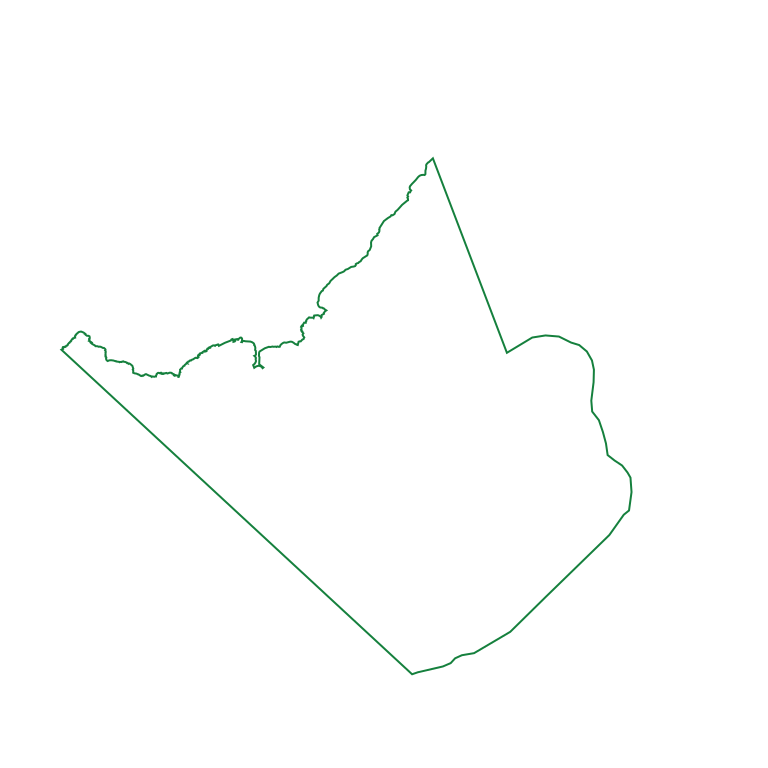 the district of Ngersuul, Airai, Palau, rotated 220°
{"feature_id": "81905179B1106200869758", "entity_name": "Ngersuul", "entity_type": "district", "adm_level": 2, "iso_a3": "PLW", "parent_name": "Palau", "parent_adm1": "Airai", "projection": "albers", "projection_center": [134.596, 7.428], "detail": "fine", "context": "isolated", "style": "outline", "palette": "green", "viewbox_px": 768, "rotation_deg": 220, "n_neighbors": 0, "source": "geoboundaries", "source_scale": "gbopen_adm2", "svg_char_len": 6154}
<svg xmlns="http://www.w3.org/2000/svg" viewBox="0 0 768 768"><g transform="rotate(220 384 384)"><path d="M491.6,588.3L492.2,583.0L492.6,582.0L492.7,579.7L492.4,578.7L491.3,577.6L490.2,575.9L489.4,574.1L487.2,571.4L487.2,570.2L488.2,569.6L489.7,568.1L490.6,566.4L490.9,564.5L490.8,560.6L491.2,555.2L491.2,552.3L490.8,551.2L489.3,549.8L487.6,549.7L487.6,548.8L487.2,547.6L488.3,546.7L487.3,543.5L486.0,543.1L485.9,541.8L484.7,541.3L483.7,540.2L484.1,539.3L485.3,532.9L485.5,526.2L486.0,523.4L485.2,520.9L485.9,518.7L486.9,518.1L486.7,516.5L487.7,513.6L488.8,508.8L487.7,500.5L487.0,499.9L486.9,499.1L485.9,498.4L485.3,496.8L485.7,494.6L484.5,493.8L486.0,490.1L485.6,488.1L485.6,485.7L484.9,484.1L482.3,481.2L481.1,477.5L481.5,475.4L481.1,474.3L480.1,473.2L479.5,471.8L481.1,466.7L481.1,465.1L480.8,463.0L481.4,461.6L481.5,460.1L482.4,458.8L482.7,457.7L482.0,456.9L481.9,455.8L482.7,454.5L484.4,452.6L485.6,448.9L486.9,446.8L487.0,444.7L487.6,443.2L489.7,439.4L489.9,436.8L490.6,434.1L491.2,428.6L490.7,425.9L491.3,423.5L491.0,422.0L491.6,418.0L490.9,416.3L491.4,415.1L491.2,412.0L490.7,410.4L489.5,408.1L487.6,405.8L487.3,403.7L485.3,402.2L483.7,401.5L482.1,401.6L480.3,402.8L479.3,402.8L478.9,403.2L477.1,403.1L475.5,403.3L475.9,401.8L475.8,399.7L475.1,399.2L476.1,396.7L475.5,395.7L474.9,395.4L474.8,394.4L475.8,394.9L477.8,394.6L478.9,394.2L481.5,391.6L481.3,390.9L480.8,390.5L480.3,389.2L481.0,389.2L483.7,387.0L484.2,386.9L484.6,384.0L484.4,382.6L483.9,382.1L484.0,381.7L483.3,380.6L484.6,379.7L484.3,377.6L483.7,376.8L483.8,376.2L484.5,375.9L484.3,374.8L483.9,375.0L484.1,374.5L482.4,373.1L482.4,372.2L481.2,371.5L480.6,371.9L480.2,371.8L480.0,371.2L478.3,371.0L478.1,369.5L477.2,368.9L475.0,368.4L474.9,367.7L474.5,366.8L475.1,365.5L475.2,363.1L475.9,362.6L476.6,361.5L475.1,358.4L475.7,358.1L476.2,358.4L477.2,357.7L478.1,357.5L479.8,357.5L481.8,357.1L483.1,356.1L485.4,352.8L487.1,351.7L487.6,350.9L488.2,348.8L488.3,347.0L487.8,345.5L488.5,344.8L489.6,344.4L490.2,343.2L490.8,343.2L492.8,341.3L493.4,341.1L495.0,339.1L496.1,338.5L498.3,334.7L500.2,328.9L499.8,327.7L497.8,325.1L496.6,324.5L492.5,319.1L491.2,318.9L487.0,319.1L487.2,318.1L488.9,318.5L491.2,317.8L492.1,317.0L493.2,315.3L493.8,313.0L496.4,314.4L496.1,316.3L496.3,318.0L496.8,319.3L498.4,320.6L498.8,321.6L499.9,322.1L501.4,322.2L500.9,323.2L501.1,324.4L503.5,327.0L504.6,327.2L505.7,328.9L507.1,330.0L508.6,330.4L508.7,330.9L509.8,331.4L511.6,331.3L513.5,330.7L517.7,327.6L519.1,326.9L519.8,326.0L519.6,324.8L520.2,324.5L520.3,325.4L521.4,327.0L521.9,327.5L523.0,327.8L523.9,327.2L524.4,324.8L524.1,324.3L524.2,324.0L525.3,324.1L527.0,322.0L526.2,320.9L525.7,321.1L525.7,320.6L526.4,319.6L526.9,320.3L527.4,320.2L528.9,321.1L529.5,320.1L529.3,318.8L532.3,313.4L535.0,307.1L536.3,307.8L537.0,307.1L537.0,306.7L538.1,305.2L538.0,304.6L538.9,304.4L539.8,303.6L540.8,300.8L540.4,300.1L541.0,299.5L541.4,299.7L541.5,299.5L541.2,298.9L541.5,298.5L541.4,298.1L541.8,298.1L542.0,297.6L541.7,295.9L541.1,295.4L541.1,295.0L541.8,294.0L542.2,294.5L542.7,294.3L543.4,292.0L543.1,291.2L543.6,291.0L543.9,290.1L544.6,289.3L544.6,288.6L543.9,288.1L543.9,287.7L544.7,287.5L544.9,287.1L544.8,286.8L544.4,286.6L544.6,285.9L544.2,285.3L543.4,285.3L543.5,284.0L545.3,282.9L546.2,279.9L546.7,279.3L547.0,277.8L547.6,277.6L547.9,276.9L547.8,276.1L548.4,275.3L548.3,274.6L548.6,274.0L548.5,273.5L548.2,273.4L548.7,273.2L548.5,272.5L548.9,270.4L548.6,269.8L549.2,268.5L549.0,266.6L548.7,266.1L549.3,265.6L549.4,263.8L548.4,262.8L548.2,262.1L547.7,262.0L547.9,261.5L547.6,260.9L547.0,260.4L547.1,259.9L546.8,259.4L546.5,259.3L545.8,257.5L546.0,257.3L546.3,257.7L547.6,257.7L549.3,256.7L549.5,255.8L549.7,255.7L550.4,255.6L550.4,256.2L550.7,256.0L551.2,256.4L553.1,255.8L553.4,256.0L554.5,255.7L555.7,254.6L555.9,254.0L556.8,252.7L557.7,252.7L558.0,252.4L558.0,251.7L557.7,251.6L558.5,251.6L559.0,250.8L559.4,250.8L559.8,250.3L559.4,250.1L559.6,249.7L560.3,249.2L560.8,249.6L561.1,249.4L561.3,249.2L561.0,249.1L561.2,248.8L562.0,249.3L562.5,248.8L562.7,248.1L563.6,247.8L564.3,247.2L564.6,245.6L564.2,245.1L564.1,244.0L563.5,243.2L564.2,242.6L564.5,242.0L566.7,240.6L566.6,240.1L568.2,240.0L569.1,239.5L572.6,238.6L573.1,238.0L573.5,236.4L573.9,236.0L573.8,235.6L574.3,235.3L574.5,234.5L575.3,234.0L575.7,234.1L575.9,233.8L578.2,233.6L578.4,233.3L580.2,232.9L582.0,231.8L583.4,231.4L584.6,233.0L585.8,233.6L585.8,234.5L588.5,236.2L591.1,236.2L592.2,236.0L592.9,235.5L592.9,235.2L593.9,235.3L594.3,234.9L594.6,235.1L596.0,234.7L596.3,234.6L598.0,233.6L598.3,233.7L599.1,232.7L599.1,232.2L600.7,231.0L600.7,230.7L601.3,230.6L603.5,229.2L603.8,229.3L604.4,229.0L604.5,228.8L606.3,228.1L608.2,226.9L609.7,225.5L610.4,224.0L611.7,223.9L613.1,224.6L613.7,225.8L614.2,226.0L614.9,225.9L615.2,226.2L615.5,226.5L615.4,226.8L616.4,227.6L616.4,227.9L617.7,229.2L617.7,229.7L618.9,230.5L619.2,230.5L619.2,231.0L619.5,231.4L620.2,231.6L621.7,231.6L622.4,231.0L625.0,230.4L626.3,229.5L626.4,229.2L628.0,228.6L629.3,227.5L630.2,227.7L633.2,227.1L634.4,227.1L634.1,227.5L634.2,227.9L634.5,227.9L634.8,227.7L635.2,227.8L635.5,227.4L636.1,227.7L637.6,227.4L637.5,228.1L637.9,228.5L638.5,228.5L638.9,228.9L638.7,229.4L638.9,230.1L640.2,231.2L641.3,231.0L642.6,230.0L644.2,229.9L644.7,230.4L645.4,230.1L645.5,230.4L647.3,230.3L648.6,229.8L649.3,229.7L650.0,229.2L651.1,227.8L651.4,226.9L651.4,225.6L651.7,225.2L651.7,223.3L651.4,223.0L651.6,222.6L651.4,221.7L650.4,221.0L651.7,218.9L651.7,218.3L651.5,218.2L651.7,217.9L651.7,217.0L651.3,216.0L651.5,215.7L651.3,215.2L651.6,214.7L651.4,213.5L651.7,213.2L651.7,211.3L651.4,210.8L651.3,210.3L651.5,209.5L651.9,209.3L652.0,208.3L651.8,207.8L652.5,206.8L652.8,207.0L653.7,205.8L653.3,204.9L652.4,204.5L653.1,202.9L175.9,179.7L172.8,184.9L157.3,205.5L153.5,213.1L153.2,219.6L150.0,226.3L142.0,235.7L128.0,275.3L123.2,325.3L114.3,413.2L116.3,438.0L115.0,444.6L124.9,460.3L135.0,470.7L140.5,472.7L149.2,474.6L158.2,473.6L167.0,473.3L175.7,481.1L185.4,487.9L196.1,494.4L206.8,496.7L214.5,504.5L224.6,520.1L232.4,529.9L239.8,535.7L249.5,539.3L259.5,539.3L267.3,536.0L280.5,532.8L291.5,525.0L300.3,514.9L309.9,486.9L491.6,588.3Z" fill="none" stroke="#15803d" stroke-width="2"/></g></svg>